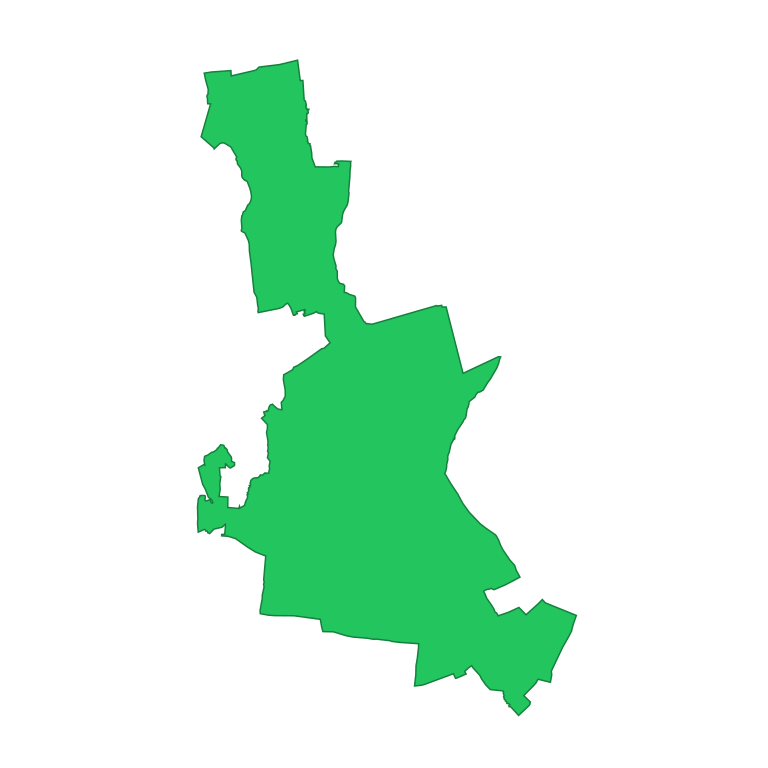 the district of Balabanesti, Galati, Romania, rotated 189°
{"feature_id": "2599482B66378466198707", "entity_name": "Balabanesti", "entity_type": "district", "adm_level": 2, "iso_a3": "ROU", "parent_name": "Romania", "parent_adm1": "Galati", "projection": "orthographic", "projection_center": [27.746, 46.074], "detail": "fine", "context": "isolated", "style": "filled", "palette": "green", "viewbox_px": 768, "rotation_deg": 189, "n_neighbors": 0, "source": "geoboundaries", "source_scale": "gbopen_adm2", "svg_char_len": 6121}
<svg xmlns="http://www.w3.org/2000/svg" viewBox="0 0 768 768"><g transform="rotate(189 384 384)"><path d="M610.2,662.9L607.5,655.8L603.7,647.5L603.2,642.5L603.9,641.7L603.9,640.3L603.2,638.9L602.0,633.2L599.1,633.5L603.3,599.6L589.0,590.6L588.5,589.6L583.9,595.6L582.2,596.7L579.7,597.1L572.4,594.2L564.9,585.0L565.5,583.1L565.0,582.0L563.8,581.1L563.2,578.5L559.6,575.0L558.3,573.0L557.6,571.3L557.2,567.9L556.4,565.8L553.9,563.7L550.8,562.7L547.2,556.5L545.6,553.0L544.4,549.2L544.0,546.8L544.5,543.1L545.1,541.2L546.6,539.3L548.0,534.0L548.8,532.8L549.9,532.1L550.2,528.8L550.7,527.9L550.6,523.7L548.7,515.5L549.0,513.3L548.6,512.6L544.9,511.3L540.3,504.3L539.0,501.1L537.7,494.1L534.3,482.8L526.7,454.3L523.2,449.7L521.0,441.7L520.0,439.4L519.8,435.6L519.4,434.8L499.3,442.3L496.0,444.2L493.8,447.2L491.9,448.7L490.6,447.7L487.8,444.3L484.2,437.7L482.8,438.0L482.9,438.5L480.6,439.9L481.8,441.4L473.9,445.2L473.2,444.1L474.2,443.4L474.1,442.8L473.9,442.3L473.5,442.4L473.0,441.2L474.7,440.3L474.0,439.0L473.5,439.2L473.1,438.5L465.0,442.7L461.9,445.0L461.0,444.1L459.3,443.7L454.0,443.7L449.4,422.3L443.7,416.2L448.8,410.0L451.3,408.9L463.2,397.1L472.2,388.7L475.8,386.4L476.5,383.8L484.5,377.4L484.1,372.6L480.7,362.7L479.6,356.6L481.2,351.7L482.6,349.8L480.8,342.6L485.0,342.7L489.8,345.6L490.8,346.6L492.9,345.6L493.6,344.4L494.1,342.3L494.2,339.7L495.2,338.6L495.7,339.2L496.8,338.2L498.4,337.6L497.5,335.5L496.5,334.3L499.6,331.0L492.8,325.7L492.2,321.3L492.5,317.9L489.7,309.5L489.2,306.4L489.4,305.6L488.8,304.5L488.3,301.4L488.5,299.3L487.4,297.9L487.6,292.9L484.4,289.8L484.6,284.9L483.7,282.5L484.0,280.1L483.9,278.6L484.2,277.7L487.0,277.6L487.2,277.1L487.8,277.4L489.6,275.1L492.0,274.8L492.4,273.5L493.8,271.8L497.7,270.8L499.2,269.7L500.4,268.0L500.7,264.9L499.9,263.5L500.2,262.8L501.1,262.6L500.2,261.4L501.5,260.3L501.5,259.7L500.8,259.1L501.3,258.4L501.0,257.3L501.1,256.2L502.0,255.3L501.0,253.8L501.9,253.4L501.1,251.3L501.1,249.4L501.7,248.6L502.3,246.1L502.8,242.2L506.8,239.0L507.6,240.6L507.9,238.4L519.0,237.6L520.5,247.9L529.3,247.1L529.3,254.2L530.6,260.0L530.7,267.1L531.5,267.4L533.4,275.5L527.7,276.5L528.0,280.2L527.0,279.9L526.4,279.1L523.3,277.1L522.4,277.1L519.0,280.0L519.0,281.4L519.4,283.0L522.5,283.8L522.9,286.6L523.6,288.2L528.0,292.6L528.6,294.5L530.4,296.0L531.0,295.8L532.7,298.4L535.9,298.4L537.6,295.1L538.5,294.5L538.7,293.6L539.6,292.2L542.2,289.9L543.3,289.8L547.2,286.0L549.5,284.8L549.9,284.1L549.8,280.2L548.3,275.8L549.5,276.1L554.3,272.2L547.3,256.3L544.3,252.6L539.6,244.5L536.5,243.1L534.4,240.1L534.9,239.3L535.9,239.6L536.7,240.3L537.5,242.2L538.1,242.5L540.4,241.1L541.7,240.7L542.4,241.0L542.9,242.2L542.7,242.6L543.1,245.5L544.1,245.8L547.5,245.2L548.3,244.7L548.4,243.6L549.4,241.7L549.0,233.6L546.5,220.2L546.7,219.8L546.2,216.4L544.3,208.6L538.6,212.3L537.8,212.2L537.2,210.9L535.9,211.0L535.3,210.7L534.8,209.5L532.8,209.0L529.2,214.1L521.6,217.2L518.8,220.6L518.4,219.2L517.8,210.7L520.8,210.0L520.6,208.6L514.2,209.2L506.5,208.1L492.9,201.4L484.5,197.9L473.9,195.6L472.2,171.7L471.3,169.5L471.6,167.4L470.7,164.9L471.2,156.3L470.7,152.9L471.0,141.3L470.3,137.8L462.1,137.6L455.8,138.1L436.7,141.0L410.1,141.6L407.5,134.1L405.6,129.9L395.3,131.3L382.4,129.5L375.0,129.2L360.6,130.3L354.2,130.2L352.0,130.8L337.5,131.4L336.4,131.0L328.5,131.2L309.2,132.9L308.7,129.4L308.2,118.3L308.3,110.7L307.1,101.9L306.6,90.5L299.9,92.3L296.6,93.8L270.1,108.7L267.3,104.5L266.2,104.9L257.5,110.4L259.4,112.7L256.0,117.0L253.3,119.5L251.2,117.1L243.8,111.3L241.7,108.2L236.6,102.9L231.3,98.8L218.6,99.5L217.6,98.2L217.9,97.3L216.6,94.9L217.0,93.9L216.2,92.8L216.2,91.8L214.9,91.0L214.6,90.0L213.3,89.4L212.6,87.7L210.6,87.9L209.6,87.0L210.4,86.2L209.9,84.8L208.6,85.2L199.2,77.7L190.2,89.4L189.7,91.1L190.1,91.9L189.7,92.8L197.2,98.1L189.0,109.6L187.2,112.4L185.7,116.5L173.0,115.4L172.8,122.8L173.8,126.7L166.3,152.2L161.8,164.1L160.0,169.8L160.0,171.7L159.4,176.8L157.8,185.5L190.5,193.1L193.9,195.9L197.5,190.8L207.6,178.3L215.8,184.4L225.5,177.9L235.0,172.9L236.9,175.4L238.7,176.2L240.1,178.7L243.0,182.2L249.1,188.5L251.3,192.4L253.2,194.6L252.3,195.8L249.8,197.4L247.7,197.9L246.3,199.0L243.9,198.1L242.7,198.3L232.3,204.9L219.5,214.5L224.2,220.6L226.6,225.3L232.0,229.7L240.4,238.6L243.6,242.9L246.4,247.8L249.1,251.3L250.4,252.5L261.0,257.6L267.3,261.1L279.5,270.4L287.5,278.4L294.0,286.9L302.5,296.1L310.1,305.4L309.4,307.2L309.1,311.2L309.5,314.3L309.1,319.3L309.7,322.2L309.5,324.8L308.9,326.5L308.4,334.9L306.8,339.3L306.6,340.7L305.7,340.5L305.6,342.6L306.3,343.1L303.9,350.7L299.9,359.3L299.6,360.9L298.2,363.2L297.9,365.9L298.1,371.7L297.2,374.9L297.0,377.6L297.2,379.9L292.3,385.2L291.7,387.5L289.9,390.5L288.1,391.1L285.1,393.5L281.9,401.4L279.9,405.2L275.2,417.1L274.1,421.7L273.6,427.0L273.0,429.0L275.2,428.9L307.6,406.9L334.7,469.8L338.6,469.1L339.3,470.7L343.8,469.3L344.4,469.7L403.8,441.8L405.6,441.1L409.8,441.1L410.9,440.6L412.3,442.1L413.4,442.3L424.2,455.6L425.5,464.2L425.9,465.4L426.8,466.3L432.4,467.1L435.0,468.2L437.6,468.4L438.2,474.7L439.5,476.1L443.7,476.6L445.5,478.8L446.6,480.9L447.8,488.0L449.7,490.6L449.8,493.0L453.2,500.1L454.4,503.9L454.3,510.3L453.7,513.3L453.7,517.3L455.7,526.5L455.7,529.4L454.8,532.0L451.6,536.1L451.2,537.3L451.4,545.5L450.6,549.2L448.3,555.1L448.0,558.6L448.4,567.2L449.1,568.6L450.1,583.2L450.9,589.4L451.0,593.8L451.7,597.9L451.5,598.7L460.3,597.7L465.5,596.7L465.8,595.9L467.0,595.4L467.4,593.8L464.2,594.4L464.0,594.0L463.1,594.1L463.2,591.5L466.8,591.2L472.4,589.7L485.9,587.7L490.6,596.2L491.6,601.0L493.9,607.9L494.4,607.9L494.7,609.8L496.4,609.6L496.9,611.1L497.7,611.5L497.4,612.3L497.7,613.6L498.7,616.2L499.8,616.6L500.7,618.7L501.4,628.1L500.6,629.0L501.2,631.5L502.3,631.3L502.6,632.6L501.5,632.9L502.5,638.1L502.2,638.3L502.4,639.3L501.2,639.8L502.1,642.8L501.2,643.1L501.2,643.7L503.2,643.1L503.6,644.5L504.4,644.5L504.8,646.2L504.3,646.5L504.5,647.8L505.9,651.2L507.0,651.8L507.4,652.5L511.6,671.1L514.2,670.6L520.0,690.3L537.3,683.1L557.0,677.5L559.3,674.3L561.4,673.2L583.1,664.4L584.2,669.6L603.1,665.2L610.2,662.9Z" fill="#22c55e" stroke="#15803d" stroke-width="1.5"/></g></svg>